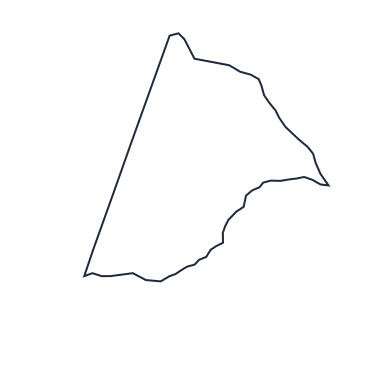 the district of São José da Coroa Grande, Pernambuco, Brazil, rotated 305°
{"feature_id": "56859067B47243244758303", "entity_name": "São José da Coroa Grande", "entity_type": "district", "adm_level": 2, "iso_a3": "BRA", "parent_name": "Brazil", "parent_adm1": "Pernambuco", "projection": "equal_earth", "projection_center": [-35.181, -8.871], "detail": "fine", "context": "isolated", "style": "outline", "palette": "slate", "viewbox_px": 384, "rotation_deg": 305, "n_neighbors": 0, "source": "geoboundaries", "source_scale": "gbopen_adm2", "svg_char_len": 851}
<svg xmlns="http://www.w3.org/2000/svg" viewBox="0 0 384 384"><g transform="rotate(305 192 192)"><path d="M312.8,98.1L314.2,89.9L307.3,84.0L196.7,114.2L148.5,127.6L87.5,144.3L61.3,152.0L68.4,157.0L71.2,166.1L76.1,173.2L91.6,190.1L93.4,204.7L100.8,217.6L110.0,221.8L115.2,225.5L121.4,227.9L128.1,230.8L134.0,235.8L140.5,236.7L147.0,240.9L155.2,240.4L161.4,242.8L168.2,246.5L176.2,240.7L182.9,238.8L190.0,237.8L201.4,239.6L209.5,242.8L220.1,238.3L227.9,240.4L234.6,244.6L240.5,244.9L246.4,249.9L251.9,258.1L258.4,264.8L263.3,270.2L268.6,275.2L271.0,283.5L271.9,293.0L275.7,300.0L280.6,286.7L286.7,276.7L292.8,269.3L295.3,260.7L296.2,249.9L297.5,240.9L298.9,231.3L302.8,220.8L306.7,213.7L309.5,203.9L312.6,195.6L319.1,187.7L322.7,181.9L321.8,172.7L318.1,162.4L317.2,149.9L302.6,117.6L312.8,98.1Z" fill="none" stroke="#1e293b" stroke-width="2"/></g></svg>